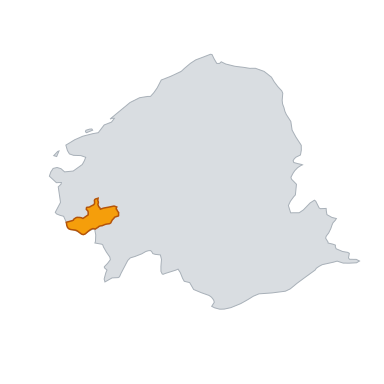 where Takêv sits in Cambodia, rotated 71°
{"feature_id": "KHM-1802", "entity_name": "Takêv", "entity_type": "Province", "adm_level": 1, "iso_a3": "KHM", "parent_name": "Cambodia", "parent_adm1": "", "projection": "equal_earth", "projection_center": [104.777, 10.935], "detail": "fine", "context": "in_parent", "style": "filled", "palette": "amber", "viewbox_px": 384, "rotation_deg": 71, "n_neighbors": 0, "source": "natural_earth", "source_scale": "10m", "svg_char_len": 4194}
<svg xmlns="http://www.w3.org/2000/svg" viewBox="0 0 384 384"><g transform="rotate(71 192 192)"><path d="M311.8,56.1L312.5,59.5L310.6,66.1L308.5,72.1L304.6,77.3L304.4,81.1L303.1,92.5L303.7,96.2L304.6,99.3L305.9,101.0L309.3,112.2L312.5,122.4L315.6,130.7L316.2,136.0L313.4,149.5L310.1,161.8L310.5,168.0L311.9,174.1L313.4,182.3L314.0,192.9L313.2,199.7L311.8,204.0L308.9,208.3L306.5,210.6L303.5,206.8L301.1,206.7L297.9,207.8L295.4,209.5L290.3,215.9L284.7,222.2L276.9,223.7L273.9,228.4L270.6,229.0L264.4,229.3L260.4,230.3L260.6,232.7L260.3,243.7L260.4,246.2L259.7,246.9L256.9,247.2L252.2,245.6L245.8,242.8L241.2,242.4L238.9,247.2L237.5,249.1L235.7,249.4L233.9,250.2L233.3,252.4L233.2,255.0L234.1,259.6L234.4,266.9L234.2,271.8L235.8,275.0L245.7,285.5L248.6,288.2L248.9,289.7L247.2,295.5L248.7,303.6L245.7,303.4L240.5,299.9L238.1,297.8L235.1,299.5L234.1,299.2L232.1,295.2L229.4,291.2L226.7,290.9L221.0,292.5L215.2,293.6L212.9,293.6L212.0,294.3L208.6,300.4L207.2,299.3L201.3,297.0L195.9,296.2L194.8,297.7L195.5,302.6L196.7,307.4L196.0,309.5L193.0,312.0L189.1,316.6L186.7,320.1L185.1,321.0L179.1,320.8L173.2,321.3L170.9,324.6L168.6,327.2L166.7,327.9L159.0,319.7L143.6,316.8L141.9,313.2L140.5,312.4L139.0,317.2L130.6,321.7L127.1,319.0L124.5,315.6L124.9,311.6L127.3,308.3L131.5,305.9L133.5,297.5L130.3,286.8L127.5,283.7L124.6,281.2L121.4,285.2L118.8,292.0L116.1,295.5L112.2,296.3L106.6,296.0L104.4,285.8L103.7,277.1L104.5,267.2L105.4,261.3L100.0,253.2L99.7,245.4L97.1,241.4L96.3,243.4L96.4,245.7L95.7,244.1L87.2,221.4L85.8,210.9L87.2,202.8L88.1,200.1L85.7,195.8L82.2,191.0L76.1,184.6L75.7,174.6L74.4,162.8L72.6,158.8L69.8,151.5L68.3,145.5L67.8,129.6L68.6,128.3L73.0,127.8L78.5,126.7L79.4,124.1L78.4,122.0L82.0,118.4L87.1,110.5L91.1,102.3L93.9,97.1L95.6,91.9L101.4,84.6L109.3,79.5L114.6,78.4L120.2,76.6L125.6,74.2L128.1,74.0L134.7,76.9L138.3,77.7L142.1,77.6L146.0,77.9L149.4,77.6L157.5,75.6L166.1,77.2L173.8,75.9L183.4,73.5L188.0,75.0L192.3,77.4L192.9,82.3L193.9,84.5L195.3,86.2L197.2,86.2L199.6,82.8L201.7,79.3L202.3,78.7L202.4,80.4L203.4,84.2L205.3,87.9L207.1,90.3L210.2,93.6L212.2,93.8L218.7,90.7L228.4,95.2L229.6,97.4L232.8,102.0L236.2,105.3L243.8,105.5L246.5,97.4L245.2,92.5L240.8,83.9L239.6,78.9L241.0,78.0L248.4,77.0L249.6,76.0L251.2,70.5L253.2,71.1L257.3,71.8L261.6,68.0L264.1,64.1L265.5,65.9L267.0,68.7L268.7,70.3L271.8,72.7L275.2,76.1L277.4,79.4L279.1,80.7L283.5,79.7L284.6,79.9L287.1,75.9L288.9,73.7L290.4,74.3L292.6,74.2L297.2,69.1L299.8,64.4L301.2,63.2L305.3,65.5L306.9,65.0L309.2,58.6L311.8,56.1ZM101.6,272.4L100.7,273.0L99.9,273.0L99.1,272.1L99.2,268.4L99.8,266.2L101.2,265.8L101.6,272.4ZM114.4,308.4L112.6,310.9L109.9,305.8L109.9,304.4L114.4,308.4Z" fill="#d9dde1" stroke="#a8b0b8" stroke-width="1"/><path d="M195.6,295.4L195.2,296.0L194.6,296.9L194.3,297.9L194.5,300.1L195.2,302.5L196.9,306.6L196.9,308.7L195.8,310.2L191.2,313.3L190.6,314.0L190.0,314.8L188.1,318.7L186.9,320.3L185.2,321.2L183.1,321.3L180.8,320.9L179.7,320.8L179.7,320.7L179.7,320.3L180.1,314.7L180.0,313.3L179.9,313.2L179.6,313.0L179.5,312.9L179.1,312.3L178.5,309.9L178.6,308.8L179.5,306.5L179.9,305.7L180.3,305.0L181.5,303.7L179.8,297.6L177.1,296.7L176.3,296.6L175.4,297.0L173.9,297.6L172.4,296.8L172.3,296.7L172.3,296.3L172.8,294.2L172.8,293.5L172.7,293.0L172.6,292.9L172.1,289.4L171.9,288.9L171.4,288.2L170.9,287.8L169.9,287.4L168.4,287.1L168.0,286.9L167.6,286.5L167.3,286.0L167.2,285.5L167.2,284.9L167.3,282.8L168.8,283.6L169.4,283.8L170.8,283.8L171.3,283.9L171.8,284.1L172.8,284.9L173.1,285.0L175.5,285.0L175.7,284.9L176.0,284.8L176.3,284.5L176.8,284.3L178.4,284.2L178.4,281.1L178.8,278.2L179.1,276.4L179.8,271.0L179.9,270.3L180.3,269.7L181.7,268.0L182.9,269.0L183.4,269.2L183.5,269.2L183.9,268.9L184.5,268.8L186.0,268.6L187.4,268.1L187.7,268.1L187.9,268.1L188.1,268.3L188.5,268.5L190.2,269.0L190.4,269.2L190.6,269.3L190.7,269.6L190.6,272.5L190.7,273.5L190.8,273.7L190.9,273.8L191.1,274.1L191.4,274.3L192.3,276.2L192.9,277.0L193.8,277.9L194.7,278.8L195.0,279.7L195.1,280.3L194.5,283.4L194.4,284.9L194.6,287.9L194.2,289.9L194.3,291.2L194.3,291.5L194.5,291.7L194.6,291.8L194.7,292.1L194.8,292.5L195.3,294.6L195.3,294.8L195.4,295.0L195.6,295.4L195.6,295.4Z" fill="#f59e0b" stroke="#b45309" stroke-width="1.5"/></g></svg>